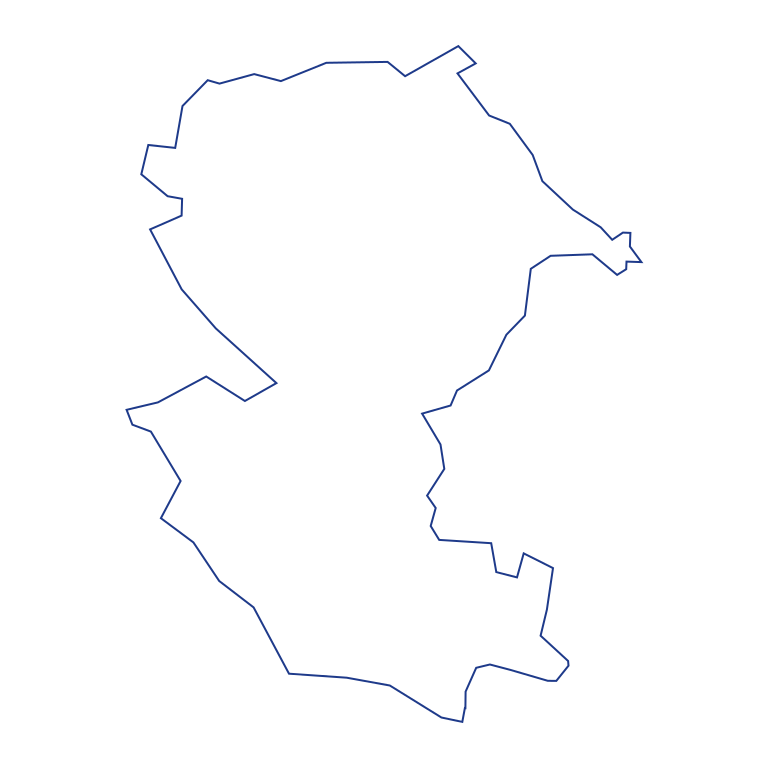 Bulungur, Samarkand, Uzbekistan
{"feature_id": "79887680B67251663283691", "entity_name": "Bulungur", "entity_type": "district", "adm_level": 2, "iso_a3": "UZB", "parent_name": "Uzbekistan", "parent_adm1": "Samarkand", "projection": "mercator", "projection_center": [67.382, 39.691], "detail": "fine", "context": "isolated", "style": "outline", "palette": "blue", "viewbox_px": 768, "rotation_deg": 0, "n_neighbors": 0, "source": "geoboundaries", "source_scale": "gbopen_adm2", "svg_char_len": 1125}
<svg xmlns="http://www.w3.org/2000/svg" viewBox="0 0 768 768"><path d="M465.4,708.1L465.6,691.6L476.2,667.8L489.9,664.5L510.4,669.9L547.8,680.8L556.3,680.9L568.5,665.7L568.1,661.0L540.6,635.7L546.9,609.6L553.0,568.1L523.7,553.4L517.0,577.4L496.3,572.1L491.2,543.2L439.2,539.9L430.7,526.0L435.7,508.0L427.1,495.6L444.3,468.9L440.5,444.5L422.1,413.6L450.6,405.5L457.0,390.5L488.9,370.4L506.4,334.7L524.9,315.6L530.8,268.8L550.6,255.8L592.4,254.3L617.1,274.9L626.2,269.2L626.5,261.6L641.4,262.1L629.9,246.5L630.4,232.9L622.9,232.6L612.2,239.8L600.7,227.3L572.9,209.6L542.4,181.2L532.7,155.0L509.8,123.8L489.1,115.5L457.5,73.4L475.7,63.4L458.3,46.1L405.1,76.2L387.6,61.9L326.3,62.8L280.9,81.1L254.2,74.1L219.5,83.6L207.7,80.2L182.5,106.0L175.2,147.9L148.3,145.0L141.3,174.3L167.6,196.2L182.1,198.8L181.6,215.6L150.1,229.4L181.7,289.4L215.8,328.4L276.4,383.1L244.9,401.0L206.2,376.5L157.9,402.4L126.6,409.8L132.4,424.7L150.9,431.6L180.6,481.0L160.9,518.2L193.4,542.4L219.2,581.0L253.6,607.4L289.0,673.7L346.7,677.7L389.8,685.5L441.4,717.5L462.3,721.9L464.9,708.0L465.4,708.1Z" fill="none" stroke="#1e3a8a" stroke-width="2"/></svg>